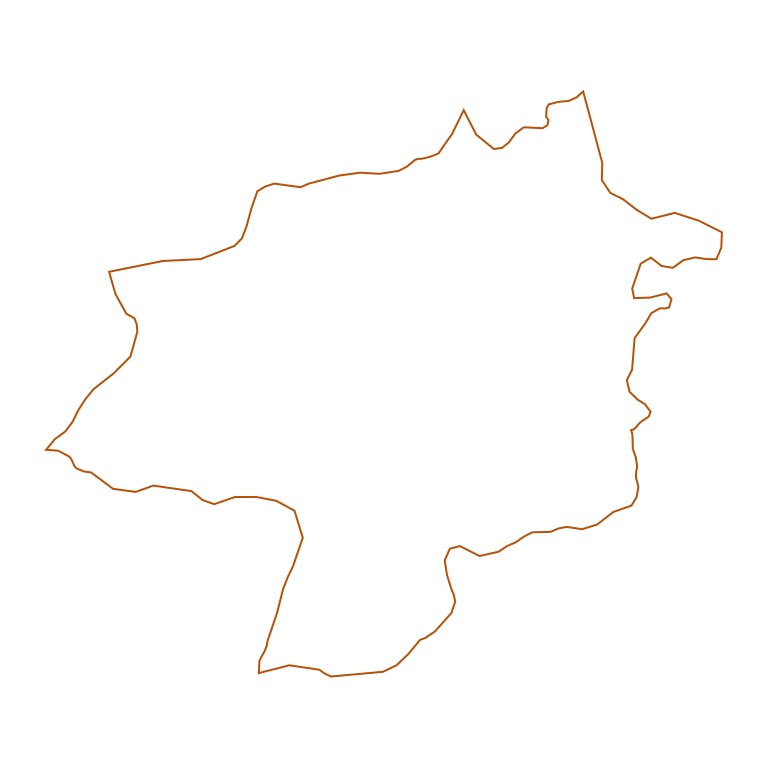 map outline of Sivas (Equal Earth projection)
{"feature_id": "TUR-2295", "entity_name": "Sivas", "entity_type": "Province", "adm_level": 1, "iso_a3": "TUR", "parent_name": "Turkey", "parent_adm1": "", "projection": "equal_earth", "projection_center": [37.51, 39.556], "detail": "fine", "context": "isolated", "style": "outline", "palette": "amber", "viewbox_px": 768, "rotation_deg": 0, "n_neighbors": 0, "source": "natural_earth", "source_scale": "10m", "svg_char_len": 2079}
<svg xmlns="http://www.w3.org/2000/svg" viewBox="0 0 768 768"><path d="M542.6,128.2L547.5,125.1L548.5,120.0L546.1,116.7L546.7,107.9L549.0,104.3L558.3,101.9L568.8,100.9L576.5,97.4L583.2,91.5L602.3,163.0L601.8,180.0L610.2,192.8L623.1,199.3L637.2,210.2L651.4,218.7L674.8,212.9L698.8,220.7L721.9,232.3L721.3,247.7L716.5,259.2L706.0,259.1L695.5,257.4L683.5,260.1L672.8,267.8L661.6,266.0L650.9,257.6L640.7,263.7L632.2,288.6L634.1,298.1L649.9,297.6L666.7,293.4L671.5,299.2L669.1,307.5L664.7,308.5L660.0,308.3L651.5,313.0L645.6,322.9L634.6,338.2L632.1,369.7L626.8,380.1L629.5,391.7L637.6,399.6L645.3,404.5L650.6,411.8L648.7,416.6L640.5,422.1L638.1,424.6L636.1,427.2L633.9,429.3L631.0,430.2L632.2,433.4L632.6,438.6L632.8,448.9L635.8,457.4L637.2,466.6L636.2,471.8L635.9,477.6L637.3,482.3L638.4,487.2L636.5,497.4L631.4,505.6L613.5,511.9L597.0,524.6L582.1,529.2L566.6,526.9L558.3,528.5L550.4,531.9L532.4,532.3L523.9,536.6L515.7,542.3L507.0,546.1L498.7,551.7L479.5,556.0L459.9,546.1L449.8,548.7L444.7,560.5L447.0,574.9L451.2,588.5L453.8,594.8L455.2,601.6L451.4,613.0L435.1,631.3L425.2,638.0L420.0,639.9L408.2,654.2L396.5,665.3L382.9,671.8L331.0,676.5L325.0,673.7L319.2,669.7L289.2,665.3L258.8,673.1L259.5,660.6L265.0,650.3L266.7,645.8L267.6,640.8L277.0,613.1L283.1,589.0L287.6,577.5L292.9,566.5L302.8,537.8L294.5,510.7L276.2,500.8L256.4,497.0L234.9,497.0L214.2,504.2L202.7,500.1L191.4,491.1L153.3,485.6L135.7,491.9L113.0,488.8L91.2,472.5L83.6,471.4L76.2,468.2L74.3,465.8L71.4,459.3L69.3,456.6L58.2,450.7L46.1,449.8L54.8,439.2L65.4,431.4L72.7,421.6L78.4,410.0L85.5,399.0L93.6,389.1L113.5,373.5L130.4,356.6L137.3,331.9L136.8,324.7L134.5,318.3L126.4,313.8L115.4,293.9L109.1,271.8L162.7,261.0L200.7,259.1L234.5,245.9L241.9,238.4L246.4,226.8L251.3,208.7L257.4,191.2L265.5,186.4L274.3,183.6L300.6,187.2L308.9,183.6L338.9,175.6L360.1,172.7L379.5,173.8L398.7,170.9L407.2,166.4L415.0,159.9L418.2,158.8L421.6,158.8L430.1,156.8L438.4,153.5L452.1,133.9L463.7,110.2L476.3,134.7L493.9,149.0L501.9,147.9L508.6,142.7L515.5,133.4L523.8,127.3L542.6,128.2Z" fill="none" stroke="#b45309" stroke-width="2"/></svg>